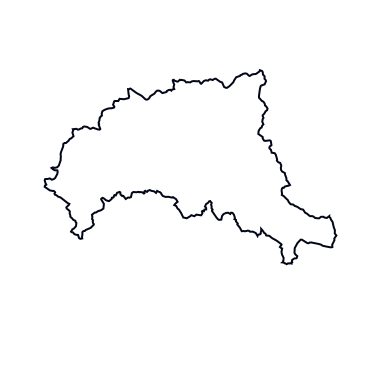 outline of Canas, Cusco, Peru, rotated 148°
{"feature_id": "86281439B51394298933174", "entity_name": "Canas", "entity_type": "district", "adm_level": 2, "iso_a3": "PER", "parent_name": "Peru", "parent_adm1": "Cusco", "projection": "natural_earth1", "projection_center": [-71.322, -14.372], "detail": "fine", "context": "isolated", "style": "outline", "palette": "ink", "viewbox_px": 384, "rotation_deg": 148, "n_neighbors": 0, "source": "geoboundaries", "source_scale": "gbopen_adm2", "svg_char_len": 6042}
<svg xmlns="http://www.w3.org/2000/svg" viewBox="0 0 384 384"><g transform="rotate(148 192 192)"><path d="M88.5,98.8L91.3,98.5L93.1,100.0L93.7,101.4L95.8,102.6L98.0,102.3L99.1,102.9L101.4,104.8L102.0,106.8L103.0,108.0L104.4,108.7L104.9,109.4L106.0,112.8L107.0,114.4L107.1,118.2L108.9,119.9L110.6,123.7L112.2,125.7L112.9,127.8L114.9,129.4L115.3,132.5L115.0,134.1L116.4,139.9L117.4,141.9L116.4,143.1L115.5,145.3L114.4,146.8L113.5,147.4L112.6,147.5L112.1,146.9L110.2,147.4L106.4,146.1L105.2,146.0L105.2,150.3L105.7,151.8L104.6,153.8L103.9,157.3L103.2,158.9L104.7,161.5L104.8,163.3L103.9,165.4L102.5,166.8L102.1,167.6L101.9,170.1L103.1,171.6L103.4,173.6L102.5,174.7L101.2,179.2L101.3,181.1L103.6,183.1L102.7,185.9L103.2,187.8L103.0,188.5L102.0,189.4L99.8,189.6L98.2,193.4L98.5,194.3L99.1,194.8L102.8,196.5L103.7,197.5L103.6,200.1L102.9,201.2L105.0,206.1L103.3,208.3L102.6,208.8L100.3,209.9L98.8,209.8L97.5,211.0L95.6,211.5L95.2,214.3L93.6,216.2L92.1,217.0L91.8,218.9L91.4,219.6L89.1,220.2L86.7,221.5L84.9,221.6L83.7,222.8L83.7,225.3L84.2,226.7L83.6,228.2L83.5,229.7L83.7,231.0L84.5,232.2L85.2,236.4L84.5,237.7L79.8,243.4L77.9,245.2L76.9,245.6L73.4,244.8L70.4,246.8L70.2,248.1L70.5,249.6L69.1,251.7L69.6,254.0L68.6,255.9L68.4,257.3L69.9,259.3L70.8,258.5L75.2,258.2L78.4,259.8L81.5,259.8L82.0,260.3L82.8,263.2L84.0,264.4L86.3,265.2L87.1,265.0L89.1,265.4L89.7,265.0L93.7,265.9L97.2,264.3L98.7,263.2L104.2,261.9L107.2,261.8L108.1,262.5L109.1,264.1L108.4,268.9L109.8,270.7L111.8,275.5L112.9,276.0L115.1,276.0L116.8,277.9L118.2,278.2L119.4,277.9L121.2,279.5L123.3,279.8L126.8,278.9L127.2,279.4L127.2,282.1L127.6,282.6L128.8,283.0L131.9,285.3L133.6,285.9L135.4,285.9L137.4,287.4L138.8,288.0L139.3,290.5L141.3,292.5L142.3,292.9L142.8,293.6L145.2,293.1L146.1,293.5L147.8,295.7L148.0,296.8L148.6,297.1L149.1,297.0L149.6,295.8L150.2,292.4L152.0,290.9L152.5,288.7L154.5,289.4L155.8,288.9L156.3,290.2L157.6,290.8L159.8,291.0L160.4,290.4L161.4,290.5L164.7,291.6L165.7,294.7L166.6,295.7L167.9,296.4L169.6,296.2L171.8,295.3L176.2,295.4L179.1,294.1L180.7,294.0L182.0,294.7L182.4,295.4L183.7,300.2L186.6,305.4L189.3,312.1L189.6,312.5L191.1,312.6L191.7,313.1L194.0,308.4L194.6,306.4L196.0,305.2L200.5,306.7L204.0,309.4L206.3,308.2L209.2,310.1L209.9,310.1L212.7,307.8L212.6,305.7L213.2,304.9L215.9,305.6L216.8,306.3L219.2,307.3L222.6,308.0L225.2,308.0L227.0,306.4L227.9,304.5L229.7,304.4L230.5,303.7L231.2,303.6L232.6,301.7L234.6,300.2L234.7,298.9L235.5,298.4L236.4,294.0L236.7,293.9L237.4,293.9L238.7,295.0L241.9,299.0L244.1,299.2L245.0,299.6L246.4,302.7L248.7,304.7L250.0,304.9L251.3,304.2L252.3,304.7L255.0,305.0L255.8,305.4L256.5,306.8L259.8,308.4L260.0,307.3L261.9,305.8L262.9,302.1L266.1,301.5L267.5,301.8L269.5,300.9L272.4,300.4L273.1,300.4L274.1,301.1L275.6,301.0L277.2,298.8L281.6,295.5L283.4,293.8L284.1,292.1L286.7,288.4L290.9,285.0L293.1,284.4L295.2,285.0L297.2,286.7L298.4,286.8L297.6,284.3L296.6,282.9L294.7,281.7L295.2,280.3L296.8,278.6L300.6,276.4L302.2,276.2L304.4,276.7L305.4,278.9L307.5,279.5L309.2,280.6L310.0,280.7L310.9,279.6L311.6,276.8L311.7,275.4L313.2,275.4L314.2,274.5L311.7,268.7L309.6,266.7L308.7,266.2L308.2,264.8L308.3,264.1L309.5,263.5L309.6,262.3L308.6,261.0L308.1,259.2L306.3,256.9L303.2,248.2L302.3,246.9L303.2,246.3L306.4,245.7L306.9,245.3L306.9,244.0L306.0,241.4L305.9,240.4L307.1,238.6L307.6,236.6L308.3,235.5L307.6,233.0L307.4,231.3L306.2,229.5L306.6,228.2L306.4,227.1L308.5,224.5L311.5,223.6L313.2,223.7L315.6,222.5L315.5,221.9L314.3,220.7L314.1,218.6L312.5,216.7L311.4,216.0L312.2,212.8L311.6,211.5L309.7,210.8L309.5,211.6L307.1,214.5L306.7,215.5L305.7,216.3L304.5,216.3L303.7,215.8L302.3,216.1L296.9,215.3L292.7,216.3L292.3,216.7L292.4,217.9L292.0,219.3L290.9,220.5L291.1,222.0L289.8,223.5L288.9,225.7L285.5,226.1L284.2,225.5L281.5,225.5L278.8,224.7L275.9,224.9L273.0,228.6L272.9,234.0L272.5,234.4L271.0,234.5L270.2,233.4L269.3,230.6L267.7,228.6L266.9,228.2L263.8,228.7L263.0,229.6L261.4,229.0L259.7,230.4L259.2,230.4L258.4,229.5L256.0,231.0L253.4,230.5L253.0,229.7L253.8,228.3L253.8,227.2L253.4,225.6L252.7,225.6L252.3,225.0L251.9,221.2L249.1,221.2L248.0,220.3L246.5,220.0L243.6,222.9L241.8,223.1L239.2,221.2L237.5,220.6L236.8,219.7L236.2,219.6L234.4,218.2L233.6,216.2L232.9,216.2L232.6,217.1L232.1,217.7L231.0,217.8L230.4,216.2L229.9,215.9L228.7,216.4L226.8,216.0L225.8,214.5L223.7,212.5L223.0,210.3L221.0,211.4L220.0,209.7L219.3,208.9L218.8,207.2L219.1,206.1L218.8,204.0L217.0,201.8L214.6,200.5L211.9,197.8L210.9,197.8L209.3,194.4L209.4,191.3L212.2,191.0L214.0,190.3L212.8,188.5L213.0,185.6L212.4,184.0L212.4,179.7L212.9,175.0L210.3,172.5L206.3,172.4L204.9,172.7L202.8,170.2L200.3,170.5L196.6,167.4L194.7,168.2L194.1,169.2L194.0,170.1L193.5,170.4L192.9,170.3L192.0,169.4L190.8,170.5L189.2,169.7L188.4,171.1L188.7,172.8L186.4,174.3L184.1,174.3L182.4,175.0L181.4,174.7L181.1,172.3L182.6,171.0L182.9,169.5L184.0,168.0L183.9,166.1L184.8,165.8L185.1,165.3L184.8,157.9L184.5,155.3L183.9,154.1L181.8,153.0L179.4,155.6L177.6,156.4L176.5,156.5L174.2,156.2L172.4,155.3L171.2,153.1L170.0,153.8L169.1,153.2L168.6,152.2L168.5,150.5L169.4,147.1L170.4,146.5L169.5,145.0L170.3,143.7L169.9,141.0L170.8,140.4L170.3,136.5L170.6,132.4L169.3,131.8L167.7,130.5L165.2,129.7L164.3,128.9L163.8,127.6L161.4,126.1L159.7,123.5L159.7,120.0L158.7,120.8L156.8,120.1L155.7,120.3L155.1,121.4L153.9,122.3L152.9,124.0L152.4,120.7L152.6,119.5L151.8,117.7L152.1,115.8L149.7,113.9L148.5,110.4L146.0,105.9L143.9,100.4L144.0,99.8L146.6,98.8L146.0,96.9L145.5,96.3L147.9,93.7L148.8,91.2L149.2,87.6L150.6,85.7L152.1,84.5L152.7,84.4L151.4,83.3L151.2,82.4L150.6,81.9L150.0,80.6L148.3,80.6L147.4,79.8L146.7,79.7L145.4,78.5L144.8,79.5L144.2,79.4L144.0,80.3L143.1,81.3L140.4,81.4L138.7,80.5L138.1,80.6L136.7,81.8L137.4,84.2L137.4,86.0L134.6,90.0L129.6,92.8L125.1,94.0L124.0,93.2L121.3,87.6L120.2,86.7L119.1,86.8L117.6,86.0L111.8,80.5L110.5,79.0L109.6,77.1L108.0,75.5L103.9,71.7L102.2,70.9L101.0,73.0L96.8,75.6L95.9,77.2L92.6,78.6L92.9,81.2L91.1,83.8L90.4,87.2L88.6,92.3L88.8,94.9L88.4,96.7L88.8,98.4L88.5,98.8Z" fill="none" stroke="#020617" stroke-width="2"/></g></svg>